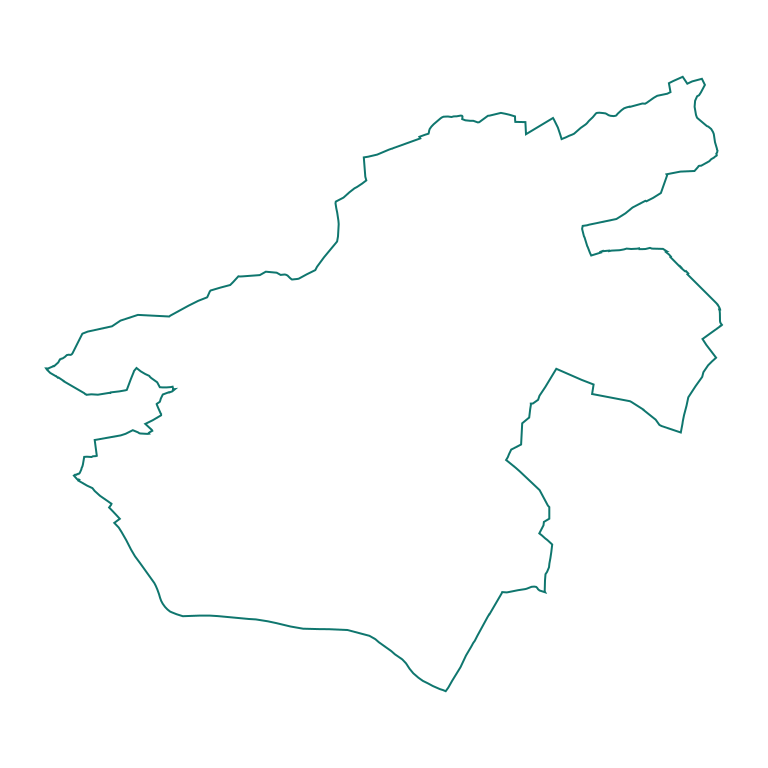 the district of Kūku pag., Krustpils, Latvia
{"feature_id": "27541924B42844241256431", "entity_name": "Kūku pag.", "entity_type": "district", "adm_level": 2, "iso_a3": "LVA", "parent_name": "Latvia", "parent_adm1": "Krustpils", "projection": "orthographic", "projection_center": [26.01, 56.519], "detail": "fine", "context": "isolated", "style": "outline", "palette": "teal", "viewbox_px": 768, "rotation_deg": 0, "n_neighbors": 0, "source": "geoboundaries", "source_scale": "gbopen_adm2", "svg_char_len": 6034}
<svg xmlns="http://www.w3.org/2000/svg" viewBox="0 0 768 768"><path d="M82.3,333.8L72.5,353.3L71.9,354.1L71.3,354.6L70.3,354.9L68.7,354.7L66.8,355.1L64.9,356.9L62.5,358.5L61.2,358.7L60.5,359.4L59.9,359.4L58.3,362.4L54.1,366.2L53.8,366.3L53.3,366.0L52.5,366.6L48.5,368.3L48.4,368.6L47.5,368.8L47.0,368.4L46.1,368.4L47.0,369.7L50.2,372.9L56.2,376.4L56.3,376.3L58.0,377.8L58.5,377.5L63.9,381.1L63.8,381.3L84.3,393.2L85.2,394.1L85.8,394.2L86.4,394.8L91.4,394.3L97.9,394.7L109.1,392.9L110.4,393.0L110.6,392.4L119.2,391.4L125.5,390.3L126.8,389.9L130.8,379.2L133.8,371.8L133.9,371.2L134.5,370.4L136.5,368.0L140.8,371.4L145.2,374.0L149.3,375.9L149.8,376.7L151.2,378.0L157.2,382.3L159.8,387.2L162.5,387.4L166.6,387.4L170.7,387.1L172.6,386.7L173.1,388.8L173.0,389.3L175.0,389.1L172.2,391.4L169.2,392.5L169.0,392.2L162.8,394.5L160.8,398.6L160.1,401.0L159.7,401.9L156.7,403.9L156.7,404.3L158.1,407.7L160.7,413.5L161.1,414.0L161.1,415.3L152.6,420.3L145.3,423.9L151.9,430.0L152.3,430.8L150.1,432.0L148.8,432.9L148.9,433.4L149.1,433.7L147.6,433.9L140.6,433.5L139.4,433.3L137.9,432.3L132.8,430.2L125.6,433.8L120.7,435.4L94.7,440.0L96.8,455.8L95.9,456.1L92.8,456.3L91.6,457.0L86.8,456.7L84.2,456.9L82.9,464.5L82.4,466.4L81.6,468.1L81.3,469.5L79.8,472.8L79.2,473.6L78.3,473.7L77.9,474.1L77.7,474.0L77.2,474.1L76.4,474.8L75.1,474.7L73.9,475.6L77.2,479.3L78.4,480.0L78.8,479.5L79.3,479.8L78.5,480.7L87.2,485.7L92.4,488.1L94.7,491.0L100.0,495.8L111.5,503.8L111.1,504.8L109.1,507.5L113.1,511.6L119.8,518.8L114.3,522.9L118.7,527.5L121.6,532.1L126.2,540.1L131.1,549.7L135.0,556.3L140.2,563.3L154.3,583.0L155.8,585.9L157.3,589.4L159.0,594.1L160.1,597.9L161.2,600.9L162.7,603.7L165.0,606.9L167.4,609.4L170.0,611.5L171.5,612.2L176.5,614.2L182.8,616.2L199.6,615.6L209.8,615.6L217.9,616.1L249.0,619.0L255.8,619.4L267.8,621.3L276.3,623.1L290.5,626.5L303.1,628.7L318.7,629.1L329.0,629.2L347.4,630.0L369.4,635.8L375.4,639.2L378.8,642.2L391.3,651.1L394.9,654.3L402.3,659.4L406.0,663.3L409.6,668.8L413.3,673.3L418.4,677.7L422.9,680.9L428.0,683.4L432.8,686.0L439.9,689.1L443.1,690.1L445.7,691.2L448.3,687.6L452.2,680.7L460.5,667.2L466.0,655.5L471.2,646.7L473.2,643.0L474.8,640.8L477.4,635.7L487.6,617.0L489.2,614.3L489.4,614.4L501.7,593.3L502.2,592.1L506.6,592.4L507.5,592.3L518.0,590.2L525.2,589.1L526.7,588.7L531.6,586.8L534.2,586.6L536.1,586.9L536.6,587.3L537.2,587.9L538.1,589.3L539.6,590.5L545.2,592.3L544.7,591.3L545.0,580.4L545.5,574.2L547.1,571.8L549.0,567.3L549.4,563.5L550.4,558.1L551.3,552.0L552.2,544.5L547.2,539.9L545.2,538.4L541.9,535.4L539.3,533.4L543.5,525.3L543.9,521.9L549.3,518.7L549.3,507.1L547.9,505.6L539.6,490.1L519.8,471.4L515.6,467.7L506.1,460.0L507.8,457.2L509.0,454.2L511.2,449.6L521.1,444.5L522.2,423.3L529.2,417.5L530.2,409.1L530.9,404.8L530.8,403.6L532.9,403.5L538.1,399.8L539.5,395.7L545.3,387.0L556.3,368.8L581.7,379.9L593.6,384.5L592.1,394.0L629.9,401.2L631.3,401.9L643.4,409.6L643.3,409.8L655.7,419.7L659.4,424.9L661.7,426.1L680.8,432.5L682.4,424.1L682.8,421.3L684.0,415.3L686.5,405.8L688.3,397.3L695.6,386.1L702.2,376.9L703.4,372.2L708.1,365.3L711.9,361.5L716.1,357.7L706.4,345.0L702.5,339.0L720.9,325.8L720.7,325.7L721.9,324.8L721.0,323.7L720.3,322.5L720.0,321.0L719.9,313.6L719.7,310.9L719.1,309.3L719.6,309.1L720.4,310.6L719.8,308.6L719.3,307.5L718.6,306.2L717.4,304.5L717.5,304.4L716.1,302.9L687.4,274.3L688.3,273.5L686.0,271.1L685.6,271.4L684.9,271.2L681.1,267.9L681.4,267.6L679.8,266.0L679.5,266.3L670.4,257.1L670.9,256.6L668.9,254.4L665.6,251.8L666.1,251.0L666.3,251.0L663.0,248.9L651.9,248.6L650.0,247.9L645.5,249.0L643.1,249.1L639.3,249.1L639.1,248.3L637.1,248.7L631.2,249.0L626.6,248.6L624.0,249.4L619.7,250.2L611.6,250.6L609.1,251.1L609.1,250.6L603.0,251.2L602.9,250.9L600.5,251.8L601.0,252.5L591.2,255.5L589.9,252.7L587.8,247.2L587.2,246.0L584.5,237.2L584.0,236.5L582.1,228.9L582.7,225.9L587.0,225.3L589.0,224.7L616.4,219.0L625.5,213.3L632.3,207.7L633.3,207.1L645.4,200.8L646.4,201.3L653.1,197.9L660.9,193.0L667.1,175.4L666.5,174.3L680.4,171.6L694.5,171.0L698.2,166.8L698.6,166.1L699.2,165.8L701.2,165.7L709.3,161.2L711.2,159.2L714.0,157.6L714.8,156.8L716.6,155.6L716.8,155.2L716.3,153.7L717.1,152.5L717.5,150.5L717.0,149.6L716.9,148.6L715.0,142.2L713.8,134.1L713.0,132.0L711.2,129.0L708.3,126.6L706.9,126.1L697.3,118.0L696.9,117.4L696.0,114.9L694.6,106.8L695.1,100.8L697.1,96.3L699.1,95.2L700.9,92.4L704.9,84.9L701.9,78.8L692.2,81.4L687.3,83.7L682.7,76.8L673.3,81.0L668.9,83.2L670.5,92.1L667.3,93.7L657.2,95.8L653.6,97.9L646.7,102.8L645.1,103.7L642.4,103.5L629.9,106.9L629.7,106.6L626.6,107.4L624.1,108.3L621.5,110.2L617.7,113.7L616.4,115.3L615.8,115.7L613.7,116.1L610.5,115.8L608.6,115.2L606.5,113.9L605.5,113.4L603.3,113.1L599.3,112.7L597.1,112.9L596.4,113.1L595.8,113.6L592.8,117.2L588.9,120.9L587.0,123.2L585.7,124.4L580.7,127.9L574.1,133.7L572.2,134.6L569.1,135.8L566.0,137.3L561.6,139.1L560.4,135.1L557.9,127.6L553.9,119.5L553.0,118.0L526.0,134.2L525.4,122.1L515.3,121.9L515.1,119.8L515.0,116.4L509.3,114.7L505.0,113.7L500.9,112.9L489.7,115.6L487.9,115.8L479.2,122.2L477.8,122.4L473.3,120.8L470.1,120.8L465.3,120.3L462.2,119.1L462.5,116.6L462.3,116.1L461.8,115.7L460.6,115.6L456.7,116.3L453.7,116.4L451.5,117.0L447.9,116.5L443.6,116.7L442.1,117.3L440.6,118.3L433.7,124.2L431.4,126.6L429.7,129.0L429.1,130.9L429.0,132.0L428.5,133.7L425.2,134.7L419.4,136.8L420.3,138.4L393.3,148.1L392.1,148.7L391.6,148.7L388.8,149.7L377.2,154.6L368.2,156.7L363.8,157.4L365.3,176.7L366.3,180.4L362.1,183.6L356.8,187.1L354.5,188.3L349.4,192.3L343.5,197.6L335.8,201.6L335.5,203.3L336.3,208.3L337.2,212.6L338.4,220.6L338.7,224.1L338.0,236.4L337.1,241.5L324.0,257.3L317.0,266.8L315.3,270.1L306.8,274.3L298.7,278.7L297.0,279.0L292.1,279.5L291.7,279.4L290.0,278.0L287.5,275.5L285.8,274.7L284.6,274.5L280.6,274.9L276.7,272.7L265.8,271.7L259.8,275.1L242.1,276.4L239.8,276.5L238.4,276.3L233.3,281.9L230.2,285.0L220.4,287.6L210.6,290.5L209.8,291.5L207.4,296.9L207.0,297.4L198.3,300.8L188.5,305.7L170.2,315.7L169.2,316.5L137.9,314.9L120.5,320.6L112.0,326.3L87.7,331.6L82.6,333.6L82.3,333.8Z" fill="none" stroke="#0f766e" stroke-width="2"/></svg>